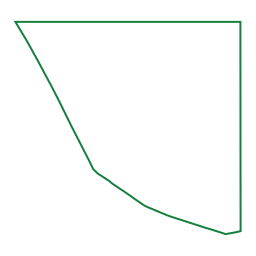 97, Ar Rayyān, Qatar (Albers equal-area conic projection)
{"feature_id": "91078587B85294401922232", "entity_name": "97", "entity_type": "district", "adm_level": 2, "iso_a3": "QAT", "parent_name": "Qatar", "parent_adm1": "Ar Rayyān", "projection": "albers", "projection_center": [50.974, 24.595], "detail": "fine", "context": "isolated", "style": "outline", "palette": "green", "viewbox_px": 256, "rotation_deg": 0, "n_neighbors": 0, "source": "geoboundaries", "source_scale": "gbopen_adm2", "svg_char_len": 649}
<svg xmlns="http://www.w3.org/2000/svg" viewBox="0 0 256 256"><path d="M15.4,21.9L16.2,23.2L21.5,32.0L26.9,41.0L32.6,51.3L38.2,61.4L44.1,72.5L50.3,84.0L55.7,94.4L60.9,104.7L66.3,115.8L71.9,127.1L78.3,139.5L83.9,150.5L89.7,161.8L93.1,169.0L97.7,173.5L109.7,181.3L111.6,183.1L114.6,185.2L120.1,188.9L124.4,191.7L128.1,194.3L131.1,196.3L134.9,199.1L141.5,203.6L144.6,205.7L147.8,207.2L151.2,208.6L159.0,211.9L168.0,215.6L174.5,217.8L180.8,219.8L189.3,222.6L204.9,227.6L209.9,229.1L214.8,230.6L221.1,232.6L225.7,234.1L236.6,232.1L237.4,231.9L240.6,231.1L240.5,139.1L240.4,22.0L240.4,21.9L15.4,21.9Z" fill="none" stroke="#15803d" stroke-width="2"/></svg>